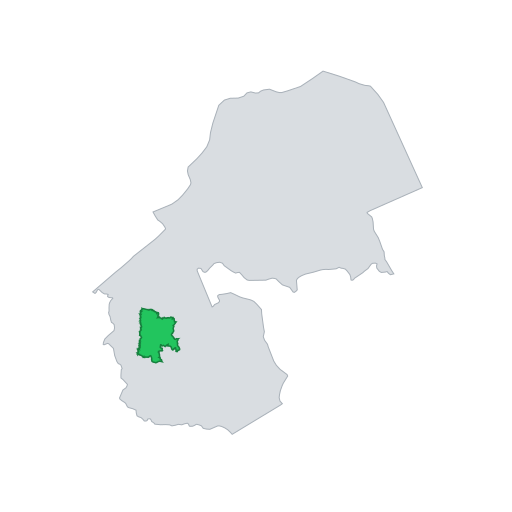 Mpika, Muchinga, Zambia (highlighted), rotated 158°
{"feature_id": "96606910B87532559916375", "entity_name": "Mpika", "entity_type": "district", "adm_level": 2, "iso_a3": "ZMB", "parent_name": "Zambia", "parent_adm1": "Muchinga", "projection": "orthographic", "projection_center": [31.827, -12.049], "detail": "fine", "context": "in_parent", "style": "filled", "palette": "green", "viewbox_px": 512, "rotation_deg": 158, "n_neighbors": 0, "source": "geoboundaries", "source_scale": "gbopen_adm2", "svg_char_len": 9464}
<svg xmlns="http://www.w3.org/2000/svg" viewBox="0 0 512 512"><g transform="rotate(158 256 256)"><path d="M335.0,335.4L314.7,335.6L307.3,337.3L301.3,339.9L294.1,343.9L290.0,346.7L288.9,348.2L288.3,351.6L288.4,356.8L287.7,360.5L285.6,363.9L274.7,368.2L267.6,371.6L260.7,375.7L255.5,381.0L252.0,387.4L246.2,395.4L234.0,409.7L226.9,412.4L220.8,411.9L213.4,409.1L207.5,408.7L203.3,410.6L199.3,410.1L195.5,407.3L192.5,406.3L190.0,407.1L186.8,407.1L181.0,405.6L175.8,400.7L173.0,398.7L170.9,397.9L164.9,397.3L151.2,396.5L137.0,399.4L124.6,402.3L111.4,391.5L98.6,380.1L95.9,377.2L91.1,373.4L87.7,371.6L86.3,370.6L82.5,360.2L80.2,350.6L76.2,257.1L133.1,255.3L136.7,254.8L136.8,253.8L134.1,248.9L134.1,247.1L134.7,243.7L137.0,236.8L137.1,234.6L135.8,227.2L135.8,223.1L136.2,214.8L135.7,211.9L136.9,208.2L137.3,205.7L137.8,204.6L137.1,201.8L135.7,191.9L134.9,187.8L138.4,188.3L139.6,190.3L140.3,192.5L141.9,192.6L146.0,193.8L147.4,195.6L148.5,199.5L148.0,201.6L146.7,203.3L148.0,204.7L150.8,205.6L152.4,205.2L156.9,202.4L161.2,201.3L163.3,200.5L172.8,198.5L174.6,197.5L176.0,197.5L176.9,198.2L176.1,201.0L175.9,203.6L177.2,208.2L178.1,210.4L180.1,212.0L181.6,212.8L183.2,214.4L186.5,214.1L193.8,216.3L196.1,217.4L199.2,218.4L201.3,218.8L208.9,219.5L216.8,220.7L220.9,220.7L223.8,220.3L225.9,219.6L227.1,218.8L227.7,218.1L230.5,209.1L232.0,208.4L234.0,207.9L235.1,208.7L236.5,214.3L242.3,219.3L244.4,223.6L245.9,227.2L247.1,228.2L249.3,229.4L252.8,229.8L255.9,229.9L271.4,235.9L273.2,237.1L275.1,240.4L276.3,244.1L277.5,247.1L279.5,247.6L281.3,247.8L283.1,249.8L284.5,251.6L289.1,258.9L289.8,261.9L292.0,263.8L295.0,264.6L297.8,264.7L299.4,263.8L303.3,262.2L306.4,260.5L308.6,259.8L309.9,260.2L311.0,261.4L311.7,265.1L313.9,266.3L315.5,265.8L316.1,264.3L316.1,263.6L315.8,225.2L314.4,225.4L312.6,226.5L308.5,226.7L306.9,227.5L306.4,228.8L306.7,230.4L306.8,232.5L306.3,233.6L304.5,234.0L301.9,233.2L297.1,232.1L293.2,231.5L290.4,228.6L286.5,224.3L284.0,222.1L277.9,217.7L276.9,216.8L275.0,214.7L273.4,211.1L271.9,206.9L271.0,204.3L272.4,200.2L275.8,186.8L276.6,182.7L279.5,178.4L279.6,174.7L278.4,169.8L278.7,167.2L278.9,151.9L278.1,147.1L276.1,141.8L271.6,134.4L271.6,132.8L278.3,127.9L280.3,126.0L283.8,122.1L286.1,118.7L287.6,116.0L288.1,112.5L286.9,109.2L289.3,108.6L344.9,99.6L345.7,101.9L347.4,105.6L349.4,108.4L351.8,110.9L353.8,112.3L355.2,112.8L363.7,112.6L366.8,114.1L369.5,116.0L370.2,118.9L372.0,120.7L373.9,122.1L374.7,122.3L376.1,122.0L378.4,121.9L380.5,122.6L381.5,123.2L381.6,125.6L382.3,126.7L385.2,127.2L388.1,127.3L391.0,129.0L394.1,129.3L397.6,130.0L399.3,131.8L403.1,133.6L407.7,135.3L412.8,138.0L412.9,138.8L413.8,140.4L414.7,141.6L414.7,143.2L415.2,144.8L416.5,145.2L417.6,145.3L418.6,144.2L419.9,144.2L421.4,144.9L421.9,146.7L423.1,149.2L425.0,150.8L426.2,152.4L425.8,155.3L425.0,158.0L427.5,160.6L430.8,163.1L431.7,164.3L432.0,168.0L432.5,169.2L434.7,172.3L435.8,174.4L435.7,175.5L429.6,181.6L425.9,182.5L424.3,183.8L423.3,185.1L425.6,191.2L426.9,193.5L425.8,196.3L423.4,201.2L422.3,201.7L422.1,205.4L422.8,206.7L424.0,207.8L424.5,210.3L424.3,216.6L422.8,223.7L425.5,229.9L426.4,230.6L430.2,230.6L430.8,231.2L429.9,232.9L427.2,235.7L422.5,237.7L415.6,240.0L414.1,242.3L413.2,245.5L414.0,247.5L414.9,248.6L414.6,251.4L414.0,254.4L414.2,256.8L413.8,258.9L412.9,259.9L411.7,263.0L410.2,266.2L409.1,267.6L407.3,269.1L404.6,270.4L404.7,271.0L407.7,272.5L408.5,273.5L408.8,274.2L407.5,275.8L408.9,276.8L410.7,277.6L412.3,279.7L414.1,283.7L414.5,284.1L415.0,284.2L416.0,283.7L417.9,282.1L419.3,281.6L420.9,283.9L392.3,293.6L385.6,295.6L375.7,299.0L372.4,300.3L369.8,301.6L343.3,309.3L339.2,310.8L329.9,314.8L329.6,315.5L329.7,317.2L330.5,320.9L332.2,324.2L333.6,326.2L334.5,331.1L335.0,335.4Z" fill="#d9dde1" stroke="#a8b0b8" stroke-width="1"/><path d="M391.8,197.1L391.1,196.2L390.2,195.6L389.8,195.4L389.0,194.6L388.7,194.5L388.1,194.6L387.8,194.5L386.3,194.8L385.7,194.6L384.9,194.7L384.1,194.1L383.7,194.1L383.3,193.6L382.7,193.2L382.9,193.9L382.5,194.6L382.5,195.1L383.4,196.4L383.2,196.7L383.3,197.0L383.0,197.6L383.9,198.4L383.1,198.6L382.9,199.1L382.7,200.2L382.4,200.8L382.5,201.7L382.2,202.2L382.2,202.7L382.0,203.0L382.1,203.5L382.3,203.4L382.5,203.6L382.1,204.0L381.7,204.1L380.1,203.9L378.6,203.2L378.1,203.4L378.2,203.8L378.2,204.2L377.6,205.2L377.6,205.6L377.8,205.8L378.2,205.8L378.7,206.5L378.7,206.8L379.0,207.3L378.8,207.7L378.4,207.9L378.3,208.3L378.1,208.5L378.1,208.8L377.7,209.4L377.2,209.1L377.3,208.9L377.2,208.6L377.3,208.6L377.3,208.3L377.2,208.2L376.6,207.7L375.4,207.9L374.2,206.1L373.5,206.5L372.8,206.3L372.2,206.9L370.6,207.0L371.4,205.6L369.4,204.6L368.9,203.9L368.8,202.3L369.0,201.5L368.6,200.2L368.2,200.0L367.0,200.6L366.7,200.5L366.7,200.8L366.3,200.8L365.6,201.2L365.1,201.2L364.9,200.8L365.1,200.6L365.3,200.1L365.2,199.2L365.4,198.6L365.9,197.6L365.7,197.3L364.7,196.9L364.4,197.5L363.8,197.9L363.2,197.6L361.9,197.8L361.6,198.5L361.6,199.4L361.6,200.3L362.1,201.6L362.2,203.0L361.6,203.8L361.6,204.1L361.4,204.1L361.2,206.1L360.8,206.8L360.3,207.0L359.9,207.3L359.5,208.0L359.3,208.2L359.4,208.3L359.1,208.4L360.4,208.8L360.7,209.1L361.2,208.9L361.7,209.0L362.0,208.9L362.6,209.3L362.6,210.0L363.0,210.3L363.0,210.8L362.8,211.1L363.3,212.5L363.4,213.1L363.9,213.7L363.9,214.7L363.4,215.3L362.7,215.6L362.4,215.5L362.1,216.2L361.5,216.4L360.6,217.0L360.2,217.8L360.1,219.6L359.5,220.5L358.5,221.5L358.6,222.2L358.9,222.5L358.7,222.7L358.1,222.8L357.6,223.0L356.7,223.6L356.0,224.0L356.0,224.4L355.9,224.5L355.2,224.6L354.8,224.8L356.2,225.7L355.9,226.2L355.9,226.9L355.4,228.6L355.8,229.1L355.9,229.5L356.2,229.1L357.2,229.0L356.7,230.3L357.1,230.8L358.1,231.3L358.8,230.9L359.4,230.9L360.1,231.5L360.7,231.5L360.8,231.8L361.7,232.0L361.9,232.0L362.1,231.8L362.6,231.9L362.9,232.3L363.3,232.4L363.8,232.9L363.9,233.3L364.1,233.5L364.4,233.3L364.5,233.1L364.8,233.2L365.2,233.1L365.4,233.2L365.5,233.1L365.9,233.1L366.1,232.8L366.3,232.8L366.3,233.0L366.6,232.7L366.9,233.1L367.0,233.7L368.1,234.5L368.3,235.4L368.7,235.2L368.8,235.3L369.1,235.4L370.4,235.7L370.1,235.9L369.6,236.0L369.4,236.3L369.4,236.6L369.6,236.5L369.5,236.8L369.3,236.8L369.3,237.4L369.0,237.6L369.0,237.8L368.8,238.0L368.7,238.3L368.5,238.2L368.5,238.3L368.4,238.5L368.3,238.4L368.0,238.7L368.1,239.1L367.9,239.2L367.8,239.9L368.1,240.0L368.3,240.1L368.4,240.4L368.7,240.4L368.8,240.5L369.0,240.5L369.6,240.1L369.6,240.4L369.6,241.4L370.0,241.9L370.2,242.0L370.6,242.2L370.6,242.5L370.8,242.8L371.0,242.8L371.0,243.1L371.4,243.4L371.3,243.8L371.6,244.0L371.9,243.9L372.1,244.3L372.1,244.5L372.3,244.4L372.7,244.5L372.6,244.9L372.7,245.3L373.1,245.4L373.2,245.7L373.5,245.7L373.8,246.0L374.7,246.0L375.1,246.4L375.5,246.0L375.9,246.2L377.0,247.2L377.7,247.5L379.2,248.7L379.6,248.9L379.9,249.2L380.8,249.6L381.1,249.9L381.1,249.4L381.3,249.3L381.4,249.6L381.6,249.6L381.8,248.8L381.9,249.2L382.1,249.2L382.3,248.7L382.6,248.8L383.0,248.5L383.5,248.6L383.7,248.2L383.4,247.9L383.5,247.7L384.0,247.9L384.2,247.6L384.1,247.3L383.6,247.2L384.1,247.0L384.2,246.4L384.6,246.3L384.6,245.8L385.0,245.4L384.9,245.0L385.2,244.9L385.5,245.2L385.4,244.4L385.1,244.4L385.5,244.1L385.6,243.7L385.8,243.7L385.8,243.4L385.6,243.5L385.5,243.1L385.9,242.7L385.9,242.2L386.2,242.1L386.0,241.8L386.6,241.5L386.7,241.2L387.1,241.2L386.9,240.7L387.1,240.0L387.4,239.6L387.9,239.4L387.4,239.1L387.8,238.7L387.8,238.2L388.1,237.9L388.0,237.4L388.5,237.3L388.1,236.9L388.2,236.2L388.6,236.0L388.8,235.5L388.7,235.2L388.3,234.8L388.6,234.3L388.5,233.5L388.8,233.0L389.4,233.1L389.2,232.7L389.3,232.6L390.0,232.5L390.0,232.3L389.7,232.2L390.1,231.9L390.0,231.0L390.3,230.9L390.4,230.5L390.7,230.7L390.9,230.7L391.1,230.4L390.8,230.3L390.8,230.1L391.4,229.8L391.8,229.4L392.2,229.4L392.2,228.6L392.3,228.5L392.5,228.7L392.6,227.9L392.8,227.7L392.9,226.8L393.2,226.7L393.3,226.4L393.5,226.1L393.1,226.0L393.2,225.6L392.9,225.4L392.7,224.9L392.7,224.7L392.8,224.4L392.6,223.8L392.6,223.4L392.9,223.1L393.4,223.0L393.6,222.6L394.4,222.6L394.6,222.0L394.9,221.7L394.9,221.2L395.4,221.2L395.4,220.9L395.5,220.8L395.8,221.1L396.0,220.7L395.7,220.5L395.8,220.2L395.6,219.9L395.8,219.9L395.8,219.5L396.2,219.5L396.0,219.1L396.4,218.9L396.3,218.6L396.6,218.3L396.9,218.3L396.6,218.0L397.0,217.8L396.7,217.6L396.9,217.5L397.0,217.2L397.3,217.2L397.4,216.9L397.1,216.9L397.1,216.7L397.5,216.7L397.3,216.4L397.0,216.2L397.1,215.9L397.4,215.7L397.5,215.5L397.8,215.4L397.7,215.0L397.9,215.0L397.9,214.7L398.0,214.6L398.2,214.9L398.2,214.7L398.7,214.4L398.9,214.1L399.2,214.3L399.2,213.9L399.4,214.1L399.9,213.9L399.6,213.8L399.4,213.7L399.7,213.6L399.5,213.3L399.9,213.6L399.7,213.1L399.9,213.2L400.4,212.7L400.8,213.0L400.9,212.1L401.1,211.8L400.8,211.6L400.7,211.4L401.2,211.1L401.4,211.1L401.5,210.5L402.0,210.4L402.3,210.5L402.1,210.1L402.6,209.8L402.4,209.7L402.3,209.3L402.2,209.3L402.3,209.1L402.1,209.2L401.9,208.8L400.9,208.5L400.8,208.3L400.9,208.1L400.7,208.1L400.7,207.7L399.3,206.5L399.0,205.7L398.9,205.6L398.8,205.4L398.9,205.1L398.5,204.9L398.3,204.5L398.1,204.6L398.2,204.4L397.9,204.4L397.9,204.1L397.7,203.8L397.3,203.9L397.2,203.8L396.9,203.7L396.8,203.8L396.7,203.6L396.4,203.7L396.0,203.7L394.9,202.9L394.5,202.9L394.0,202.7L393.9,202.8L393.5,202.7L393.4,202.5L393.2,202.6L392.8,202.6L392.6,202.9L392.2,203.1L391.5,203.0L391.3,203.1L391.0,202.8L391.1,202.7L390.9,202.0L391.0,201.5L390.9,200.9L391.1,199.9L391.5,199.5L391.5,198.8L391.6,198.7L391.6,198.4L391.8,198.1L391.8,197.5L391.7,197.2L391.8,197.1Z" fill="#22c55e" stroke="#15803d" stroke-width="1.5"/></g></svg>